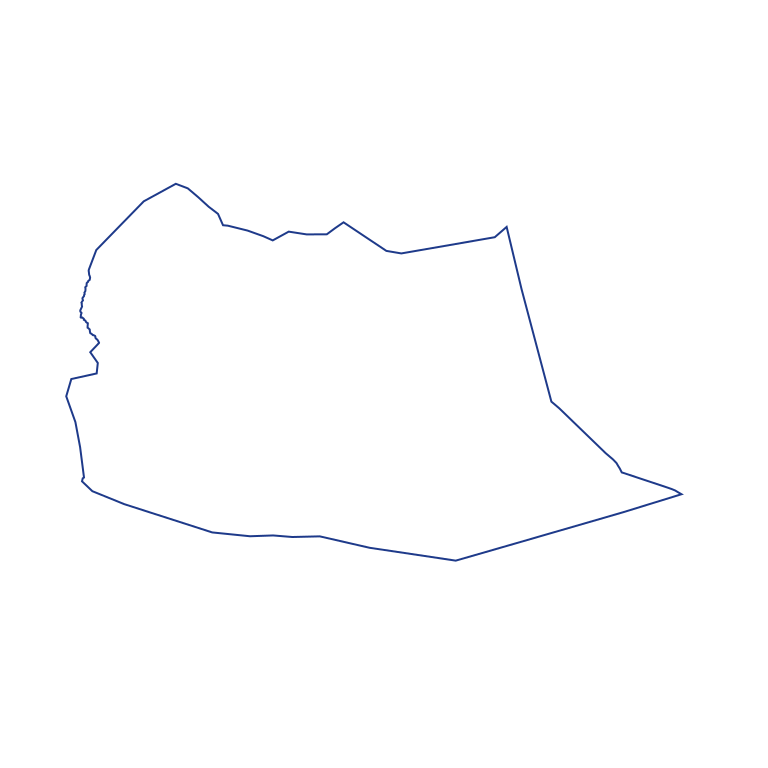 the district of San Vicente Nuñú, Oaxaca, Mexico, rotated 280°
{"feature_id": "50627088B79032057291398", "entity_name": "San Vicente Nuñú", "entity_type": "district", "adm_level": 2, "iso_a3": "MEX", "parent_name": "Mexico", "parent_adm1": "Oaxaca", "projection": "orthographic", "projection_center": [-97.43, 17.42], "detail": "fine", "context": "isolated", "style": "outline", "palette": "blue", "viewbox_px": 768, "rotation_deg": 280, "n_neighbors": 0, "source": "geoboundaries", "source_scale": "gbopen_adm2", "svg_char_len": 1536}
<svg xmlns="http://www.w3.org/2000/svg" viewBox="0 0 768 768"><g transform="rotate(280 384 384)"><path d="M222.8,347.2L220.2,398.4L222.5,485.3L249.6,540.7L299.3,641.9L327.1,696.1L328.8,691.5L329.7,689.2L330.5,685.6L331.2,681.3L338.0,635.2L338.2,633.5L341.7,630.9L344.0,628.8L346.5,626.7L349.5,622.6L354.3,614.4L390.5,560.8L395.7,551.9L501.5,502.9L560.0,477.5L547.8,467.6L515.6,378.4L515.5,363.2L536.2,316.1L528.9,308.7L521.5,301.7L517.9,281.9L517.5,263.7L506.1,249.5L508.6,239.5L511.4,223.0L512.8,202.7L512.4,197.9L522.7,191.0L528.1,180.6L535.7,168.6L542.6,156.8L545.0,144.2L522.2,115.7L466.0,77.4L445.5,73.5L444.1,73.5L443.7,73.7L440.3,74.7L439.3,75.4L437.8,76.1L435.5,76.1L434.0,74.8L433.0,74.7L432.7,74.3L431.7,73.7L429.8,73.9L429.0,74.1L427.4,73.0L426.0,73.5L424.3,73.7L423.4,73.7L422.0,73.1L420.5,73.6L419.6,73.2L418.5,73.3L416.4,72.2L415.7,72.2L414.1,73.0L412.4,72.2L411.5,71.9L410.8,72.4L409.5,72.6L407.8,73.2L403.8,72.1L402.6,72.4L401.4,73.8L399.7,73.5L398.7,73.6L397.0,73.7L396.7,74.2L397.1,75.2L396.3,76.7L395.9,77.2L395.1,77.3L394.6,78.9L393.4,79.7L392.7,80.9L392.4,81.8L389.3,82.1L388.0,82.3L387.6,83.2L386.6,84.7L384.2,85.4L383.0,86.0L382.6,87.3L381.6,88.8L381.7,89.3L381.3,90.7L381.1,91.2L380.6,91.5L379.4,91.8L378.7,92.4L378.5,93.0L377.4,94.5L375.2,96.2L374.9,96.2L364.3,89.2L355.0,98.5L344.5,99.2L334.6,75.2L316.7,73.2L292.9,86.7L269.0,95.7L239.8,104.8L238.8,103.7L235.7,103.5L227.8,115.4L220.6,148.9L208.0,240.6L210.8,278.5L215.6,301.1L217.4,320.3L222.8,347.2Z" fill="none" stroke="#1e3a8a" stroke-width="2"/></g></svg>